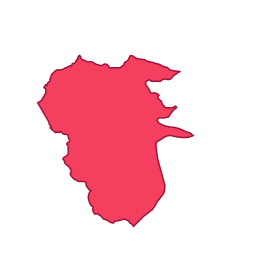 outline of Ruvuma, rotated 59°
{"feature_id": "TZA-3389", "entity_name": "Ruvuma", "entity_type": "Region", "adm_level": 1, "iso_a3": "TZA", "parent_name": "United Republic of Tanzania", "parent_adm1": "", "projection": "natural_earth1", "projection_center": [36.042, -10.46], "detail": "fine", "context": "isolated", "style": "filled", "palette": "rose", "viewbox_px": 256, "rotation_deg": 59, "n_neighbors": 0, "source": "natural_earth", "source_scale": "10m", "svg_char_len": 4068}
<svg xmlns="http://www.w3.org/2000/svg" viewBox="0 0 256 256"><g transform="rotate(59 128 128)"><path d="M42.2,135.0L41.8,134.8L41.4,134.2L41.1,133.4L40.8,132.6L40.8,132.1L42.2,131.9L42.8,132.0L43.4,132.5L44.9,132.3L46.3,131.6L50.6,128.4L52.9,124.7L56.6,122.7L60.8,118.9L61.1,115.1L62.3,113.6L63.9,112.9L65.8,112.9L67.5,112.4L68.2,110.5L72.3,103.8L71.9,100.0L69.9,96.7L70.1,93.9L69.3,91.8L68.2,90.6L67.3,89.1L67.8,87.5L69.4,86.5L73.0,84.8L77.9,78.8L81.1,76.8L85.4,72.2L87.3,70.8L88.8,69.0L90.7,67.6L93.0,66.4L94.7,64.9L96.2,63.2L98.3,62.6L100.2,61.8L103.1,58.6L106.3,54.5L106.5,55.0L106.2,55.6L106.2,56.5L106.4,57.7L106.6,61.8L107.1,63.8L108.0,65.8L107.2,68.7L105.2,70.8L104.5,72.6L104.3,74.4L104.7,75.6L104.4,76.8L102.7,79.3L100.5,83.3L99.5,84.2L98.4,84.3L97.6,85.0L97.3,88.5L99.5,90.4L106.4,90.1L108.2,90.4L109.9,90.3L110.8,89.1L111.2,87.5L113.5,85.3L115.7,84.6L115.5,85.3L115.9,85.7L116.3,85.6L116.6,86.1L117.9,87.0L122.3,85.7L125.3,86.3L129.4,85.6L129.7,85.3L131.0,83.8L133.2,80.2L133.6,78.8L133.6,76.2L134.7,75.8L135.2,75.5L135.9,77.1L135.8,79.0L137.4,83.4L139.4,87.6L137.8,92.3L135.1,96.4L136.3,99.1L139.7,99.0L144.3,96.1L148.3,92.1L151.2,88.2L154.5,84.8L158.4,81.9L160.0,81.1L164.4,77.3L168.1,76.0L167.5,79.5L166.3,82.8L164.1,86.4L160.3,91.2L156.2,95.5L154.9,98.7L154.6,102.2L154.8,106.4L154.6,110.6L157.1,113.0L169.1,118.3L196.6,126.1L199.0,128.0L200.5,129.0L201.8,130.2L203.0,132.6L203.6,133.9L203.9,135.2L205.2,137.7L205.9,140.5L206.7,141.9L207.8,143.4L210.3,148.6L211.8,160.4L215.2,174.0L214.1,174.0L211.3,174.6L210.8,175.2L210.4,175.3L208.3,175.4L207.5,175.7L204.4,177.7L204.1,178.2L203.9,179.0L203.2,181.7L202.7,182.4L202.8,183.4L201.6,185.8L201.3,187.1L201.5,187.9L201.8,188.6L201.9,189.3L201.5,190.1L200.9,190.7L199.8,191.6L196.2,193.4L194.0,195.4L193.1,196.0L192.0,196.2L190.4,196.3L189.4,196.5L187.6,197.6L186.5,197.8L185.9,198.1L185.5,198.9L185.3,199.7L185.0,200.2L184.6,200.7L184.2,200.9L183.3,201.0L182.2,201.0L179.7,200.2L179.3,200.0L178.4,198.9L177.8,198.6L177.4,198.7L177.0,198.9L176.6,199.2L176.1,199.4L174.3,199.6L172.2,199.4L168.0,198.3L166.2,197.3L164.5,195.6L163.1,193.7L162.5,191.9L161.8,192.4L161.3,192.8L160.9,193.1L156.3,193.5L155.5,193.4L154.3,192.4L153.3,192.4L152.8,192.1L152.0,192.4L149.8,195.5L148.4,197.8L147.9,198.3L147.4,198.6L145.5,199.4L145.0,199.9L144.8,200.2L144.4,200.5L143.1,200.7L142.4,201.0L139.2,201.5L138.4,201.4L137.1,200.7L136.9,200.6L136.6,200.3L136.3,198.9L135.9,198.6L130.1,198.6L129.8,198.8L129.6,199.0L129.2,199.3L127.7,199.6L125.9,200.2L125.1,200.2L124.6,200.1L123.9,199.5L123.3,199.4L121.2,199.8L120.7,199.4L120.2,198.3L120.1,197.1L120.4,196.3L120.0,195.1L119.9,193.8L119.7,192.7L118.9,192.3L118.4,192.1L118.1,191.9L117.7,191.5L117.3,191.1L116.8,190.9L115.7,190.5L115.3,190.3L113.5,189.0L112.4,188.5L111.7,188.5L110.7,188.9L109.8,188.3L109.4,187.2L109.8,185.9L109.0,184.7L108.3,184.3L106.5,184.4L106.1,184.3L104.7,183.6L102.7,183.1L102.0,183.7L100.5,185.9L99.6,186.7L97.1,187.2L96.2,187.8L96.6,189.1L96.0,189.6L95.4,190.3L95.0,191.1L94.7,192.3L94.2,192.7L91.5,193.5L90.3,194.2L89.5,194.0L88.7,193.6L88.1,193.7L88.1,194.7L87.5,194.5L87.3,194.1L87.1,193.7L86.9,193.3L86.4,192.9L86.2,192.9L86.0,193.0L85.7,193.1L85.0,193.5L84.8,193.5L83.6,193.4L83.1,193.3L82.8,192.9L82.7,192.6L80.6,192.7L59.9,192.4L59.9,191.9L59.9,188.9L59.7,188.1L59.5,187.4L59.3,186.9L59.1,186.5L58.9,186.1L58.5,185.6L58.0,185.0L57.6,183.5L56.6,182.6L56.4,182.1L56.1,180.9L55.1,180.0L53.9,179.3L51.8,178.4L51.4,178.4L51.0,178.5L50.4,179.2L50.0,179.2L49.7,178.8L48.6,176.4L48.9,176.2L49.3,175.8L49.6,175.6L49.6,175.3L48.9,174.8L48.2,173.9L47.8,172.8L47.6,171.5L47.5,171.0L47.2,170.5L46.8,170.2L45.9,169.9L45.6,169.6L45.5,169.1L45.2,168.5L42.9,166.2L42.5,165.1L42.3,163.7L41.7,161.3L41.5,160.2L41.7,158.7L42.7,157.2L43.1,156.6L44.1,154.2L44.2,153.6L44.2,151.0L44.8,147.4L44.6,145.9L44.9,145.4L45.5,144.9L45.4,144.2L45.1,143.7L44.8,143.5L44.5,143.1L44.5,142.9L44.1,142.4L44.8,141.1L44.8,139.9L44.3,138.7L43.2,137.3L43.1,136.9L43.1,135.8L43.0,135.1L42.8,135.1L42.6,135.0L42.2,135.0Z" fill="#f43f5e" stroke="#9f1239" stroke-width="1.5"/></g></svg>